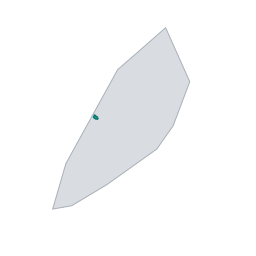 Dennery By Pass/Rocky Lane, Dennery, Saint Lucia (highlighted), rotated 207°
{"feature_id": "8701671B20173506314249", "entity_name": "Dennery By Pass/Rocky Lane", "entity_type": "district", "adm_level": 2, "iso_a3": "LCA", "parent_name": "Saint Lucia", "parent_adm1": "Dennery", "projection": "equal_earth", "projection_center": [-60.9, 13.915], "detail": "fine", "context": "in_parent", "style": "filled", "palette": "teal", "viewbox_px": 256, "rotation_deg": 207, "n_neighbors": 0, "source": "geoboundaries", "source_scale": "gbopen_adm2", "svg_char_len": 934}
<svg xmlns="http://www.w3.org/2000/svg" viewBox="0 0 256 256"><g transform="rotate(207 128 128)"><path d="M163.7,175.3L140.0,234.4L94.0,197.3L88.8,150.6L92.8,122.3L121.0,68.2L142.9,33.2L158.3,21.6L167.2,68.1L163.7,175.3Z" fill="#d9dde1" stroke="#a8b0b8" stroke-width="1"/><path d="M163.7,122.3L163.7,122.2L163.4,122.0L163.4,121.9L163.2,121.8L163.1,121.7L162.9,121.7L162.7,121.6L162.4,121.6L162.3,121.8L162.2,121.8L162.0,121.7L161.9,121.7L161.7,121.7L161.4,121.5L161.2,121.5L161.2,121.4L160.9,121.4L160.8,121.5L160.7,121.5L160.4,121.6L160.2,121.7L160.1,121.8L159.9,121.8L159.8,122.0L159.7,122.0L159.6,121.9L159.4,121.9L159.0,122.6L159.9,123.2L159.9,123.3L160.0,123.4L160.0,123.5L160.1,123.8L162.3,124.0L162.5,124.1L162.6,124.3L162.8,124.3L163.0,124.3L163.1,124.2L163.3,124.2L163.3,124.3L163.8,124.2L163.8,123.9L163.7,123.5L163.7,123.3L163.6,122.9L163.6,122.4L163.7,122.3Z" fill="#14b8a6" stroke="#0f766e" stroke-width="1.5"/></g></svg>